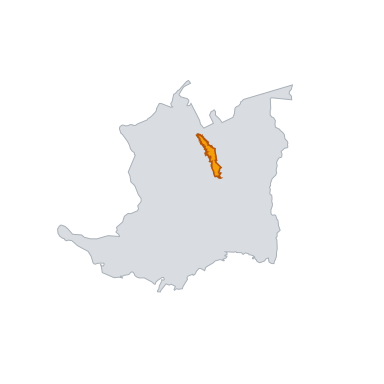 location of El Retorno, Guaviare, Colombia, rotated 243°
{"feature_id": "7082276B7236070172680", "entity_name": "El Retorno", "entity_type": "district", "adm_level": 2, "iso_a3": "COL", "parent_name": "Colombia", "parent_adm1": "Guaviare", "projection": "albers", "projection_center": [-71.499, 2.05], "detail": "fine", "context": "in_parent", "style": "filled", "palette": "amber", "viewbox_px": 384, "rotation_deg": 243, "n_neighbors": 0, "source": "geoboundaries", "source_scale": "gbopen_adm2", "svg_char_len": 8927}
<svg xmlns="http://www.w3.org/2000/svg" viewBox="0 0 384 384"><g transform="rotate(243 192 192)"><path d="M219.1,63.2L215.5,64.7L208.6,66.4L203.8,74.2L200.5,75.5L196.5,80.1L193.5,85.8L191.2,97.4L185.3,107.2L185.8,107.6L188.1,107.2L190.4,106.1L191.2,106.4L192.0,108.2L194.7,108.6L196.8,116.6L201.0,120.6L201.4,122.2L201.9,125.5L200.5,127.5L200.0,134.9L201.3,136.7L204.4,137.4L206.4,142.0L207.7,143.0L209.6,143.7L214.1,143.0L222.3,143.8L224.2,143.7L228.7,142.1L234.5,144.0L238.8,144.3L250.5,158.1L251.6,157.7L253.1,158.5L256.0,157.1L258.6,156.8L261.9,157.5L266.3,157.5L275.1,156.1L276.4,155.3L281.2,156.0L282.7,157.1L283.4,159.6L282.8,161.2L281.1,162.8L280.2,164.9L280.1,167.4L279.2,169.2L277.6,170.4L277.0,172.2L277.4,174.5L276.6,184.9L277.3,185.8L277.8,190.0L279.8,195.6L280.8,197.2L282.5,198.4L285.7,203.0L285.0,204.6L277.0,211.7L276.6,213.4L278.1,212.7L280.6,213.4L281.4,215.1L287.4,220.1L287.3,222.0L289.0,225.7L288.7,226.6L292.9,237.2L293.0,239.5L289.6,240.1L289.5,233.0L289.0,231.5L285.1,225.1L284.3,224.6L281.7,225.4L277.4,230.1L275.4,230.8L273.8,230.1L272.1,227.4L271.1,226.8L270.1,229.2L271.4,231.3L252.4,231.3L248.7,230.4L243.6,231.5L243.5,242.3L252.5,242.5L255.0,245.6L254.8,248.1L255.2,249.0L253.0,249.5L249.9,247.8L244.3,249.8L240.2,250.3L239.9,262.3L242.4,265.2L247.2,268.4L247.9,270.6L247.6,272.6L248.7,275.2L250.3,276.5L250.3,278.1L251.1,279.8L241.8,330.1L238.4,327.1L237.2,324.3L235.5,323.2L232.3,324.1L228.9,322.7L239.9,305.6L239.6,304.1L230.3,299.9L229.4,298.8L225.0,296.6L222.6,297.2L221.2,298.4L217.8,298.7L215.1,296.9L211.9,295.7L208.0,298.6L206.9,298.5L204.1,299.8L201.2,300.3L197.3,299.0L194.2,299.9L192.1,299.7L191.3,298.8L188.5,297.8L188.2,296.6L189.0,294.5L187.8,290.3L187.4,289.6L185.3,289.6L182.8,288.0L182.3,287.1L182.9,285.4L182.4,284.0L180.0,280.7L176.7,279.8L173.5,277.0L170.3,276.0L168.9,274.0L167.5,269.5L164.2,266.0L161.9,264.8L161.1,263.2L158.7,263.0L155.5,260.7L154.1,260.6L153.1,261.6L150.1,260.5L147.5,258.8L144.9,258.3L143.2,257.3L140.1,254.1L136.7,252.5L134.7,253.1L134.1,255.4L132.9,255.9L129.0,255.2L128.4,255.7L127.4,255.6L122.6,253.8L117.9,253.2L116.8,249.1L113.8,247.7L112.9,245.8L110.8,245.9L102.8,242.2L99.5,239.7L96.6,238.2L93.7,235.4L93.2,234.2L91.0,232.5L92.1,230.4L94.8,228.8L98.4,230.1L98.9,227.6L97.6,225.4L98.2,220.4L99.2,219.3L101.2,218.3L102.4,218.7L103.2,217.9L106.1,218.3L107.0,217.9L109.2,215.9L110.2,214.3L111.2,214.5L113.6,211.8L113.2,209.1L115.5,208.5L117.9,204.1L118.9,204.0L119.4,201.9L123.6,194.6L122.1,195.5L120.5,195.0L120.7,192.5L120.2,192.2L118.9,194.1L117.7,192.2L118.1,189.0L116.2,189.6L116.3,188.9L119.0,186.5L120.1,181.2L119.3,179.2L118.8,171.2L118.3,169.6L116.1,167.6L119.6,165.3L120.8,163.6L119.3,160.0L117.2,157.0L117.2,155.2L118.4,155.3L118.9,150.4L117.8,148.4L116.3,148.4L111.8,141.0L110.2,139.5L111.4,135.9L112.8,134.4L112.5,131.7L113.4,131.8L115.4,134.3L116.2,133.9L119.3,131.6L119.4,129.4L121.9,127.2L118.5,119.6L117.3,118.5L118.7,116.0L119.5,116.2L120.9,118.6L123.0,120.1L126.2,124.3L127.6,125.3L126.6,126.2L126.4,127.2L126.9,127.8L128.7,127.9L129.4,126.7L128.9,121.6L128.2,119.1L126.5,117.3L127.1,116.5L130.3,115.3L137.2,110.4L139.5,105.9L141.3,104.2L143.4,103.2L145.8,103.4L147.7,102.8L148.3,101.4L147.1,98.2L148.5,93.9L148.5,91.7L149.5,90.4L149.1,89.9L146.6,91.4L149.2,88.4L151.0,83.7L160.9,75.5L167.4,77.5L169.4,77.4L166.8,78.4L166.4,79.6L167.3,80.8L168.3,81.2L169.1,80.4L171.3,75.6L171.6,73.0L172.5,72.1L173.9,71.7L180.2,72.9L186.2,72.5L196.0,65.7L203.3,62.8L205.2,60.0L205.6,57.9L207.0,57.0L208.4,57.0L209.2,55.9L212.6,54.1L216.2,53.9L220.0,55.4L221.8,58.3L222.1,60.2L219.1,63.2ZM106.2,217.4L105.8,217.7L104.9,217.1L104.6,216.2L105.1,215.6L105.8,215.8L106.2,217.4Z" fill="#d9dde1" stroke="#a8b0b8" stroke-width="1"/><path d="M220.1,232.2L220.4,232.1L221.5,230.9L222.3,230.5L222.3,230.3L222.9,230.3L223.0,230.1L222.9,230.0L223.1,230.1L223.3,229.9L223.4,230.1L223.5,229.9L223.6,230.0L223.7,229.7L224.0,229.9L224.1,229.7L224.2,229.8L224.2,229.7L224.3,229.6L224.4,229.8L224.6,229.6L224.9,229.3L225.0,229.4L225.4,229.0L225.4,228.9L225.5,228.8L225.7,228.6L226.0,228.6L226.0,228.4L226.3,228.0L226.2,227.9L226.3,228.0L226.4,227.8L226.7,228.2L226.9,228.2L227.0,228.0L227.7,228.3L227.8,228.1L228.1,228.2L228.2,227.9L228.4,228.0L228.7,228.2L228.9,228.0L229.1,228.0L229.4,228.1L229.3,228.3L229.5,228.2L229.6,228.4L229.7,228.2L229.7,228.3L229.8,228.2L229.9,228.3L230.0,228.1L230.5,228.3L230.5,228.0L230.8,228.0L230.7,227.9L230.9,228.0L231.2,227.7L231.4,227.9L231.7,227.7L231.9,227.7L232.2,227.4L232.3,227.6L232.5,227.4L232.6,227.7L233.0,227.6L232.9,227.5L233.1,227.4L233.3,227.3L233.3,227.2L233.7,226.9L233.8,226.7L234.1,226.9L234.4,226.7L234.6,226.9L234.8,226.9L234.7,226.6L234.9,226.6L235.0,226.9L235.2,227.0L235.3,226.8L235.4,226.7L235.6,226.8L235.6,226.7L235.8,226.5L236.0,226.6L236.5,226.4L236.7,226.5L236.9,226.2L237.1,226.3L237.2,226.1L237.6,226.4L237.7,226.2L237.8,226.3L237.8,226.2L237.9,226.3L238.0,226.3L238.5,225.5L239.2,225.4L239.2,225.2L239.3,225.1L239.1,224.9L239.3,224.7L239.5,224.7L239.4,224.5L239.5,224.6L240.1,224.3L240.1,224.0L240.5,224.0L240.6,223.8L240.4,223.7L240.6,223.6L240.9,223.6L240.9,223.2L241.1,223.3L241.1,223.0L240.7,222.8L240.7,222.4L240.6,222.2L240.4,222.3L240.2,222.0L240.3,221.8L239.9,221.8L239.6,222.3L239.3,222.3L239.3,222.2L239.0,222.3L238.6,222.1L238.8,222.3L238.7,222.5L238.4,222.3L238.4,222.7L238.1,222.7L237.9,222.5L238.0,222.7L237.8,222.9L237.6,222.7L237.5,222.8L237.3,222.6L237.2,222.7L236.9,222.6L237.1,222.4L236.5,222.7L236.0,222.5L235.9,222.6L236.1,222.7L236.2,222.9L235.8,223.2L235.4,222.8L235.4,222.6L235.0,222.8L234.6,222.6L234.4,222.2L234.3,222.4L234.1,222.4L234.1,222.2L233.4,222.4L233.3,222.5L233.5,222.6L233.3,222.8L233.2,222.6L232.8,222.8L232.5,222.6L232.5,222.4L232.8,222.5L232.9,222.4L232.6,222.3L232.5,222.1L232.4,222.2L231.9,222.0L232.1,222.3L231.9,222.7L231.5,222.5L231.3,222.1L231.1,222.2L231.1,222.6L230.5,222.9L230.0,222.8L230.0,222.7L230.2,222.8L230.4,222.7L229.9,222.4L229.7,222.6L229.4,222.7L229.6,222.8L229.4,222.8L229.2,223.1L229.1,222.9L228.9,222.8L229.0,223.1L228.8,223.5L228.7,223.3L228.3,223.3L228.1,223.5L227.9,223.4L227.6,223.3L227.7,223.6L227.3,223.6L227.2,223.5L227.4,223.2L227.2,223.2L226.9,223.3L227.0,223.8L226.5,223.9L226.5,224.2L226.3,224.1L226.3,223.9L226.2,223.6L226.1,223.8L226.0,223.7L225.6,223.6L225.3,223.1L224.7,223.2L224.2,223.1L224.4,222.9L224.3,222.7L223.7,223.1L223.9,223.4L224.2,223.6L224.1,223.9L223.9,223.9L223.9,223.7L223.7,223.5L223.3,223.6L223.4,223.9L223.1,224.0L223.0,223.1L223.0,223.3L222.8,223.0L222.5,223.0L222.2,223.2L221.8,222.9L221.6,222.8L221.7,223.0L221.8,223.5L221.6,223.8L221.2,223.7L221.4,223.7L221.6,223.5L220.8,223.1L220.7,223.2L220.9,223.3L220.6,223.8L220.6,223.3L220.2,222.9L220.6,222.6L220.1,222.0L220.5,221.6L220.4,221.4L220.6,221.3L220.3,221.0L219.8,221.1L219.7,221.4L219.3,221.4L219.2,221.5L219.0,221.4L219.1,221.6L218.9,221.8L218.7,222.2L218.6,221.8L218.5,222.0L218.4,221.9L218.2,222.1L217.8,222.2L217.9,222.4L217.6,222.6L217.7,222.8L217.5,223.0L217.3,222.8L216.9,223.1L215.7,222.9L215.3,223.0L215.4,223.5L215.6,223.6L215.6,224.1L215.4,224.3L215.3,224.0L215.0,224.1L215.4,224.4L215.3,224.7L214.8,224.6L214.8,224.4L214.6,224.4L214.6,224.2L214.5,224.3L214.2,224.2L214.4,224.0L214.2,223.9L214.3,223.4L214.0,223.7L213.8,223.6L213.7,223.3L213.5,222.7L212.8,222.7L212.4,222.8L212.1,222.4L211.5,222.2L211.3,221.5L211.1,221.6L211.3,222.0L210.8,222.4L210.6,222.3L210.4,222.0L210.7,222.7L210.5,222.9L210.1,222.7L209.9,222.9L210.1,223.1L210.1,223.4L209.8,223.0L209.7,223.2L209.4,223.3L208.8,223.1L208.3,222.5L208.1,222.2L207.9,222.0L207.5,222.0L207.4,221.6L206.9,221.8L207.1,221.9L206.9,222.0L206.7,221.6L206.5,221.1L206.4,221.2L206.2,221.1L205.6,221.1L205.1,221.1L204.8,220.8L204.4,220.9L204.3,220.6L199.9,220.5L199.7,220.2L199.1,220.1L198.9,219.9L198.7,219.9L198.4,220.0L198.3,219.9L197.3,219.6L195.8,219.6L195.4,219.5L195.2,219.6L195.0,220.2L194.8,221.2L194.5,221.4L194.5,221.8L194.2,222.3L193.9,222.1L193.2,221.9L192.9,222.4L192.1,222.4L191.7,223.3L191.3,223.7L191.3,224.1L191.5,223.8L192.6,223.7L192.9,223.9L193.5,223.5L194.0,223.6L194.2,223.8L194.3,223.7L194.5,224.0L194.8,224.3L194.7,224.5L195.0,224.8L195.1,225.2L195.4,225.6L195.7,225.8L195.8,226.4L196.0,226.3L196.0,225.8L195.9,225.6L196.1,225.0L196.3,224.8L196.6,224.8L196.5,224.7L197.1,224.8L197.6,224.6L197.8,225.0L197.8,225.3L198.0,225.6L198.4,225.7L198.6,225.9L198.7,226.3L199.2,226.4L200.2,227.4L200.4,228.0L200.7,228.1L200.7,228.3L200.4,228.5L200.5,229.1L206.4,227.2L206.5,227.1L206.8,227.1L207.2,227.0L207.3,226.7L207.6,226.7L207.7,226.8L208.6,226.9L208.6,227.0L208.4,227.1L208.6,227.3L208.6,227.2L209.0,227.4L209.3,227.3L209.2,227.5L209.4,227.5L209.8,228.2L209.7,228.3L209.9,228.3L209.8,228.5L210.0,228.5L210.5,228.7L210.9,228.9L211.1,228.8L211.5,228.9L212.0,229.1L212.1,229.3L212.6,229.1L212.7,229.5L213.3,229.8L215.4,230.2L218.0,231.1L218.3,231.0L218.9,231.6L219.2,231.5L219.6,231.9L220.0,232.0L220.1,232.2Z" fill="#f59e0b" stroke="#b45309" stroke-width="1.5"/></g></svg>